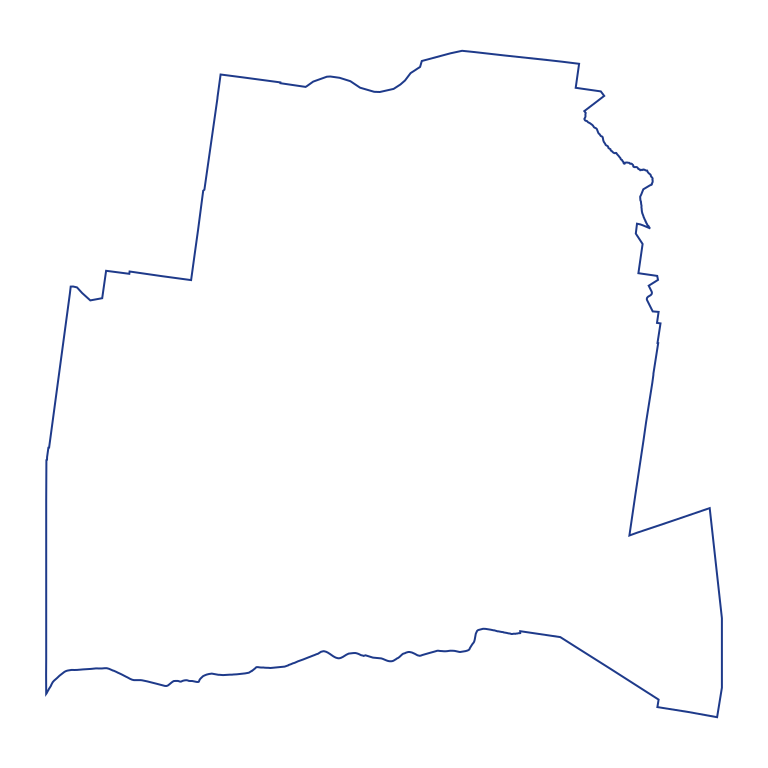 Maroondah, Victoria, Australia
{"feature_id": "25037944B31367314847764", "entity_name": "Maroondah", "entity_type": "district", "adm_level": 2, "iso_a3": "AUS", "parent_name": "Australia", "parent_adm1": "Victoria", "projection": "albers", "projection_center": [145.272, -37.803], "detail": "fine", "context": "isolated", "style": "outline", "palette": "blue", "viewbox_px": 768, "rotation_deg": 0, "n_neighbors": 0, "source": "geoboundaries", "source_scale": "gbopen_adm2", "svg_char_len": 5984}
<svg xmlns="http://www.w3.org/2000/svg" viewBox="0 0 768 768"><path d="M717.1,717.2L721.9,687.7L721.9,618.2L709.7,508.1L670.2,521.6L637.1,532.7L629.4,535.5L635.3,495.1L643.5,440.4L646.1,422.1L652.3,382.9L653.4,374.8L653.4,373.7L658.2,343.1L657.5,343.0L660.5,323.4L657.0,322.9L658.6,311.9L652.7,311.4L647.1,300.2L646.9,299.7L646.8,299.1L646.9,298.5L647.0,298.0L647.5,297.3L648.1,296.7L650.6,295.2L651.0,294.8L651.4,294.4L651.7,293.9L651.9,293.0L651.9,292.5L651.7,291.7L648.7,285.7L658.0,279.9L657.2,275.9L638.4,273.2L642.6,244.0L635.8,233.6L637.0,223.7L640.3,224.4L642.8,225.3L649.5,228.1L649.6,227.9L648.5,226.2L648.4,225.9L647.6,225.4L646.7,223.5L646.3,223.0L646.1,222.5L646.1,222.2L645.5,221.4L645.4,221.0L645.4,220.6L644.7,219.5L644.6,219.1L644.3,218.6L644.1,217.9L643.6,217.0L643.5,216.4L642.8,214.5L642.2,213.0L642.2,212.5L641.9,211.7L641.9,210.9L641.7,210.1L641.7,209.0L641.4,207.1L641.5,206.5L641.5,205.5L641.2,204.3L640.9,201.4L640.4,200.3L640.2,197.5L640.2,196.6L641.2,194.6L643.3,189.3L650.0,185.3L651.2,184.9L651.6,184.7L651.8,184.4L651.9,184.0L651.8,183.5L652.1,183.2L652.5,182.4L652.7,181.1L652.6,180.3L652.4,179.7L652.6,179.1L652.6,178.5L652.2,177.6L651.5,177.0L651.0,176.2L650.8,175.8L650.8,175.3L650.5,174.7L650.1,174.3L648.7,173.2L647.6,171.8L647.5,171.5L647.3,170.9L647.0,170.5L646.4,170.6L646.0,170.5L645.2,170.2L644.9,169.9L643.7,169.5L642.9,169.9L642.7,169.7L642.2,169.9L641.4,169.9L640.8,170.2L640.2,170.2L639.8,169.6L639.6,169.3L638.9,169.2L638.4,169.0L637.7,167.9L637.1,167.3L636.0,167.0L635.5,167.1L634.5,167.1L633.6,166.8L633.3,166.5L633.3,165.7L633.2,165.3L632.8,164.8L632.4,164.5L632.0,164.0L631.6,163.8L631.1,163.6L630.2,163.8L630.0,163.6L629.7,163.2L629.1,162.8L628.4,162.8L627.6,162.6L626.9,162.5L625.7,162.6L625.0,163.0L624.6,163.7L624.2,163.7L623.7,163.2L623.5,162.8L623.4,162.5L623.5,162.1L623.2,161.7L622.9,161.4L622.5,161.0L621.9,159.9L621.2,159.6L620.6,158.8L620.3,157.9L619.6,157.2L618.7,156.0L617.6,154.8L617.0,154.1L616.3,153.0L615.9,152.9L615.4,153.1L614.8,153.2L614.1,153.0L613.2,152.5L611.7,151.0L610.8,150.5L610.4,149.2L609.0,148.4L608.4,147.9L608.3,147.7L608.2,147.0L607.9,146.4L607.6,146.1L606.0,145.2L605.6,144.8L605.1,143.7L603.8,141.8L603.3,140.4L602.8,137.7L602.5,136.9L602.0,136.5L601.0,136.1L600.7,135.9L599.6,134.2L598.7,133.5L598.5,133.2L597.8,131.6L596.9,129.2L596.6,128.8L595.9,128.2L594.5,127.6L593.9,127.1L593.1,125.8L592.4,125.0L589.8,123.1L588.3,122.4L587.7,121.9L587.1,121.2L586.6,120.9L585.8,120.8L585.4,120.6L584.9,120.1L584.5,119.4L584.4,118.9L584.5,118.5L584.8,118.2L585.3,117.1L585.5,116.4L585.4,114.4L585.7,112.9L584.3,111.1L604.2,95.9L600.8,91.4L575.7,87.8L579.1,63.8L562.1,61.7L548.8,60.2L503.9,55.4L474.8,52.1L462.1,50.8L450.5,53.3L421.8,61.0L420.1,66.9L410.6,73.1L405.0,80.5L400.4,84.5L393.6,88.9L379.8,92.0L374.2,91.8L360.1,87.7L350.4,81.2L339.6,77.8L330.3,76.5L326.9,76.7L313.2,81.6L306.9,86.1L305.6,86.9L280.4,83.2L280.4,82.4L243.0,77.4L220.6,74.5L217.5,97.2L217.4,98.6L204.4,189.7L203.2,190.7L198.0,230.4L194.8,253.3L191.1,280.1L162.2,276.2L129.6,271.5L129.3,273.8L106.1,270.8L102.2,298.2L90.3,300.4L82.1,293.0L77.0,287.4L73.1,286.5L70.7,286.6L69.9,293.4L49.1,447.6L48.4,447.7L47.2,456.3L47.1,456.8L47.0,459.8L46.4,460.1L46.2,500.5L46.2,658.9L46.1,674.8L46.2,693.8L46.9,692.8L47.6,691.3L48.2,690.4L48.9,689.0L50.4,686.7L51.1,685.5L51.1,685.2L52.1,683.3L52.7,682.2L54.0,680.7L57.1,678.0L59.5,675.7L64.4,671.9L65.7,671.2L67.1,670.7L68.0,670.5L70.4,670.1L71.8,669.9L74.5,670.0L77.3,669.9L83.1,669.4L91.1,668.9L95.9,668.4L101.5,668.5L104.8,668.2L106.8,668.2L109.0,668.8L113.3,670.7L113.7,670.7L116.8,672.1L117.6,672.6L118.2,672.8L121.6,674.4L126.6,677.0L127.3,677.3L130.2,678.9L132.1,679.7L133.8,680.1L140.4,680.1L142.1,680.3L147.3,681.4L156.8,683.8L164.8,685.9L166.2,686.0L167.1,685.8L168.2,685.3L171.7,682.4L173.3,681.3L174.0,681.0L177.3,680.9L178.2,681.0L180.1,681.6L181.0,681.6L182.8,680.8L184.4,680.4L186.2,680.2L187.6,680.4L188.9,680.9L190.3,681.0L192.2,681.0L196.5,681.9L198.0,682.0L198.8,681.7L199.0,681.3L199.6,679.8L200.0,679.2L200.8,678.3L203.0,676.2L204.4,675.5L206.6,674.6L209.0,674.0L211.8,673.6L218.4,674.8L219.5,674.8L223.0,675.1L229.5,674.7L231.7,674.7L233.4,674.5L236.9,674.3L245.1,673.4L248.9,672.7L251.9,670.8L252.0,670.9L253.6,669.6L255.2,668.3L256.2,667.3L256.9,667.1L257.8,667.1L259.6,667.4L260.8,667.5L263.5,667.5L264.7,667.7L267.1,667.8L268.1,667.8L270.3,668.0L272.5,667.8L284.7,666.6L288.1,665.4L288.4,665.3L288.6,665.0L291.2,664.1L292.7,663.4L294.7,662.8L298.0,661.3L303.1,659.5L308.9,657.2L309.5,657.0L313.0,655.6L314.4,655.1L316.5,654.2L317.9,653.8L321.0,651.8L323.0,651.3L323.6,651.2L324.4,651.3L326.2,651.8L327.8,652.6L330.0,654.0L333.0,656.1L334.7,657.1L336.0,657.7L337.8,658.2L338.6,658.3L339.6,658.2L340.8,657.9L342.9,656.9L346.4,654.7L348.7,653.6L353.0,653.1L355.2,653.0L356.7,653.3L357.9,653.7L358.7,654.0L361.1,655.2L363.0,655.6L363.6,655.9L365.5,655.3L372.9,657.6L381.3,658.4L382.8,658.9L386.4,660.4L387.8,660.9L389.2,661.2L390.6,661.3L391.9,661.2L393.3,660.8L394.0,660.4L395.1,659.7L395.7,659.4L396.9,658.5L398.2,657.9L399.4,657.0L402.3,654.3L403.0,653.8L405.2,653.1L406.1,652.6L408.3,652.0L409.0,652.0L409.6,652.0L411.9,652.5L414.8,653.8L417.5,655.3L419.7,655.8L420.8,655.6L422.4,655.0L429.7,652.9L434.8,651.5L437.1,650.8L438.0,650.7L440.2,651.0L442.1,651.1L444.3,651.3L446.8,651.2L448.9,650.9L450.4,650.7L453.9,650.8L455.2,651.0L459.2,651.9L460.1,652.0L465.6,651.1L467.6,650.5L468.6,650.0L469.1,649.6L469.4,649.3L469.8,648.3L470.8,646.6L472.4,644.1L473.7,642.5L474.2,641.5L474.7,639.7L475.8,633.7L476.3,632.6L477.1,630.9L477.8,630.3L478.4,630.0L483.0,628.8L484.0,628.8L485.7,628.9L490.7,629.7L493.5,630.3L494.2,630.3L497.5,631.3L498.2,631.3L501.8,632.0L503.1,632.1L503.6,632.4L506.6,632.9L508.6,633.4L509.9,633.5L511.4,634.0L512.2,634.0L513.9,633.7L515.5,633.8L516.0,633.6L517.4,633.5L518.5,633.2L519.4,633.2L520.2,633.1L520.2,631.2L560.3,637.1L574.8,646.3L610.9,669.1L658.6,699.6L657.4,707.1L688.3,712.0L717.1,717.2Z" fill="none" stroke="#1e3a8a" stroke-width="2"/></svg>